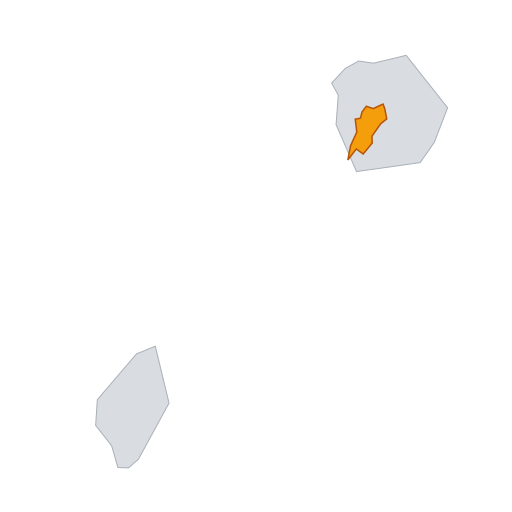 where Saint George sits in Antigua and Barbuda, rotated 222°
{"feature_id": "ATG-5093", "entity_name": "Saint George", "entity_type": "Parish", "adm_level": 1, "iso_a3": "ATG", "parent_name": "Antigua and Barbuda", "parent_adm1": "", "projection": "natural_earth1", "projection_center": [-61.781, 17.118], "detail": "fine", "context": "in_parent", "style": "filled", "palette": "amber", "viewbox_px": 512, "rotation_deg": 222, "n_neighbors": 0, "source": "natural_earth", "source_scale": "10m", "svg_char_len": 694}
<svg xmlns="http://www.w3.org/2000/svg" viewBox="0 0 512 512"><g transform="rotate(222 256 256)"><path d="M297.7,477.9L278.7,505.6L212.8,494.4L199.5,459.7L196.5,435.3L237.8,386.0L284.4,407.2L302.4,430.5L315.5,435.1L315.2,455.0L310.2,469.6L297.7,477.9ZM279.3,103.3L270.5,121.6L222.2,88.5L207.4,26.3L209.0,13.2L217.1,6.4L236.3,18.4L261.8,22.8L277.8,43.1L279.3,103.3Z" fill="#d9dde1" stroke="#a8b0b8" stroke-width="1"/><path d="M252.0,388.8L259.5,401.2L264.0,415.5L273.8,424.1L270.6,428.3L273.6,434.0L274.2,441.1L267.5,444.0L263.3,453.9L259.1,451.8L250.6,445.4L251.8,437.6L250.0,422.6L245.2,417.7L244.6,403.5L253.1,402.7L252.0,388.8Z" fill="#f59e0b" stroke="#b45309" stroke-width="1.5"/></g></svg>